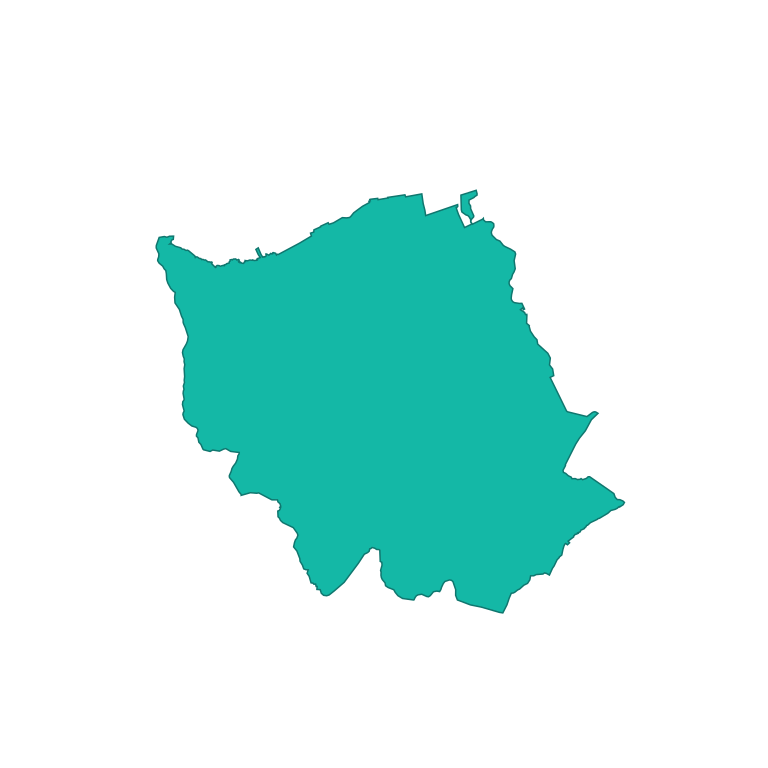 Blagesti, Bacau, Romania (Albers equal-area conic projection), rotated 29°
{"feature_id": "2599482B12123686105802", "entity_name": "Blagesti", "entity_type": "district", "adm_level": 2, "iso_a3": "ROU", "parent_name": "Romania", "parent_adm1": "Bacau", "projection": "albers", "projection_center": [26.623, 46.673], "detail": "fine", "context": "isolated", "style": "filled", "palette": "teal", "viewbox_px": 768, "rotation_deg": 29, "n_neighbors": 0, "source": "geoboundaries", "source_scale": "gbopen_adm2", "svg_char_len": 6170}
<svg xmlns="http://www.w3.org/2000/svg" viewBox="0 0 768 768"><g transform="rotate(29 384 384)"><path d="M518.9,549.6L524.5,549.1L526.1,548.5L527.1,546.6L528.0,541.7L530.6,539.5L533.3,538.6L533.4,536.3L532.9,533.9L532.6,529.8L533.0,527.2L536.3,523.6L538.2,523.0L540.1,523.4L546.4,529.1L549.1,534.1L552.9,537.3L566.7,535.3L577.1,532.0L595.6,527.8L598.9,526.6L598.6,517.6L597.3,510.5L596.8,505.3L598.5,504.0L599.5,502.4L600.7,499.4L602.0,497.6L603.9,492.1L606.2,488.8L606.5,484.6L605.2,480.7L608.0,479.1L609.5,476.9L615.2,473.1L616.0,471.4L618.0,470.9L621.3,470.9L620.7,463.4L621.0,460.8L620.6,453.8L621.4,450.9L621.2,450.3L622.4,447.4L620.7,442.0L619.9,438.4L619.8,436.4L620.2,435.4L622.4,435.7L623.3,432.9L621.2,432.2L624.0,425.8L623.6,424.8L624.0,423.8L624.0,422.9L625.0,422.1L626.2,420.5L625.6,420.3L627.3,418.1L627.0,416.5L629.3,413.4L629.4,413.0L629.1,412.7L629.9,410.9L629.7,409.5L630.5,408.9L631.8,405.1L636.1,399.1L636.4,398.1L637.6,396.9L642.6,388.2L643.7,384.7L646.9,381.6L648.2,379.7L649.1,377.2L649.7,377.4L651.7,373.6L651.7,371.0L649.8,370.5L646.4,370.8L644.0,372.0L641.1,371.0L638.2,368.4L608.8,365.4L607.5,366.2L606.8,368.4L604.1,371.4L602.2,371.2L601.8,372.2L599.5,373.8L597.2,374.0L594.3,375.7L592.9,374.7L589.6,374.9L586.3,374.1L583.8,374.3L582.4,372.7L582.3,368.1L582.1,366.9L581.7,366.6L580.8,343.5L581.2,336.6L582.8,327.3L582.7,314.7L585.4,305.9L582.7,305.8L581.3,306.4L580.1,307.8L577.3,314.1L558.1,319.3L556.9,319.2L526.1,297.7L528.4,294.4L524.2,289.1L519.5,287.1L516.9,280.7L512.4,277.7L499.1,274.6L496.3,271.1L492.4,269.9L486.5,266.8L483.1,263.3L482.8,262.5L479.3,261.8L475.5,254.3L475.1,253.9L474.6,254.6L473.3,254.2L472.4,253.3L467.3,252.9L468.2,250.4L469.9,251.4L470.6,250.3L465.5,246.6L463.3,247.9L458.7,249.6L456.9,249.6L455.0,248.8L453.7,247.4L452.3,244.1L450.5,238.1L446.4,236.9L444.7,235.5L443.9,233.9L443.7,232.0L444.3,230.1L443.3,225.7L443.4,223.0L442.9,219.6L438.0,213.0L436.1,206.5L434.4,205.0L429.3,204.7L423.1,205.1L421.1,204.9L416.0,202.8L412.3,203.2L406.4,201.5L404.6,199.8L404.0,198.2L403.7,195.9L403.9,193.6L403.5,192.5L402.3,190.7L400.7,190.3L398.8,190.3L394.2,192.9L391.4,192.2L390.6,191.0L390.3,192.1L383.9,201.3L381.4,200.2L380.6,198.1L381.4,194.4L381.0,193.4L374.8,188.7L373.4,186.3L370.7,184.8L369.2,181.9L372.2,177.4L372.7,175.7L373.8,173.8L373.2,172.5L370.7,169.9L359.7,181.5L367.2,194.2L368.8,195.8L373.6,196.4L375.7,196.0L377.3,196.5L380.0,198.1L381.3,200.3L383.3,201.5L378.6,208.1L367.0,199.6L363.0,196.1L361.5,194.5L362.4,193.6L362.4,192.8L361.4,191.4L338.8,216.5L335.5,212.2L330.8,207.2L324.9,199.4L312.2,209.8L310.6,208.4L296.9,218.9L297.4,219.3L289.4,225.7L288.5,224.7L282.7,228.9L282.1,229.5L283.2,230.5L282.2,231.5L283.3,232.3L279.1,238.9L277.1,243.2L274.5,249.0L273.7,253.7L273.1,255.1L270.7,256.9L266.9,258.7L261.7,267.5L258.5,271.0L257.0,270.0L252.2,276.5L252.0,277.1L252.3,277.4L248.0,283.1L248.9,285.2L246.6,287.7L248.8,289.8L241.8,301.8L228.8,321.9L227.7,322.3L227.4,323.3L225.8,322.2L223.3,322.8L223.1,323.2L223.5,323.9L222.8,324.6L221.7,324.6L220.8,327.2L218.4,327.2L217.7,327.6L218.8,329.0L218.6,330.0L217.7,330.6L217.5,331.3L216.4,331.3L216.2,331.8L213.5,330.2L208.0,325.9L206.7,328.4L211.3,331.8L214.5,333.4L212.4,335.8L212.4,336.8L213.1,336.8L212.9,337.4L210.5,339.0L209.0,339.1L208.9,339.6L206.6,340.6L204.8,342.5L202.7,343.3L203.3,344.1L202.8,344.3L202.7,346.6L201.0,347.3L200.0,347.1L199.5,347.7L198.9,347.0L198.1,346.8L198.4,347.5L197.9,347.8L197.5,347.6L197.7,347.1L197.1,346.2L197.2,345.8L196.4,345.6L195.3,346.9L193.7,346.5L191.6,347.8L191.3,348.9L190.4,349.0L189.2,350.1L189.8,351.1L189.4,352.0L189.9,353.2L188.1,355.0L187.9,355.8L186.5,357.4L186.9,357.9L185.4,358.6L183.7,360.4L182.3,360.4L180.6,361.2L180.0,362.6L180.4,363.5L180.1,363.8L175.5,362.5L175.0,362.2L174.8,361.1L174.2,360.8L173.7,361.1L173.7,361.6L172.3,361.7L170.8,362.5L167.8,362.0L167.1,362.6L165.2,362.8L164.2,363.6L163.0,363.1L161.5,363.7L159.2,363.4L157.4,364.2L157.4,364.6L156.5,363.7L148.6,362.2L147.3,362.2L146.0,363.2L143.7,363.1L142.2,363.9L140.2,363.4L134.8,364.7L130.5,364.4L128.7,365.4L129.4,363.7L128.7,363.0L128.6,360.9L129.6,359.7L128.3,356.7L124.8,358.7L123.0,360.9L120.4,361.5L116.3,364.8L117.7,373.2L118.3,374.5L118.9,375.5L124.0,379.3L125.3,382.1L125.7,384.7L126.3,385.9L128.7,387.3L133.3,388.2L136.0,389.9L138.1,390.5L140.2,393.1L143.3,398.0L146.1,400.6L151.1,403.8L154.9,405.0L157.0,405.1L158.8,409.6L161.9,414.4L168.9,418.0L174.0,422.8L177.0,424.9L178.4,427.4L179.4,428.4L183.0,431.1L189.8,437.5L191.3,441.7L191.7,444.9L191.6,451.4L192.5,454.2L194.9,457.0L197.1,458.8L198.3,461.4L200.4,463.7L201.7,467.4L206.0,474.1L207.4,477.5L208.8,479.5L209.5,483.1L211.7,485.7L211.9,487.4L212.9,489.7L216.6,494.2L216.8,495.2L216.6,497.0L217.7,499.7L222.3,504.5L222.4,506.7L223.0,508.3L226.5,511.6L231.7,513.2L236.3,513.9L240.5,513.0L242.2,513.3L243.6,514.4L244.0,515.4L244.5,519.0L245.2,520.5L247.4,521.3L250.3,524.7L253.1,525.6L257.3,528.8L258.1,529.0L264.6,527.3L266.2,524.8L272.6,522.5L275.3,518.7L277.0,517.2L282.6,517.3L290.6,514.1L291.1,515.2L291.0,517.7L292.2,520.7L292.6,525.0L292.0,529.2L292.0,531.7L292.7,534.6L293.1,539.0L293.8,540.3L294.6,540.9L300.0,542.9L309.4,548.6L312.9,550.0L313.1,550.6L319.8,543.9L325.7,541.2L327.1,540.0L342.0,539.7L347.0,537.0L348.4,538.5L351.0,539.1L352.7,540.7L352.7,542.3L353.4,541.9L353.8,544.1L353.7,545.3L352.7,546.6L355.7,551.5L357.5,552.0L359.6,553.5L362.7,554.3L374.3,553.6L380.5,556.6L382.0,558.0L382.5,561.2L382.1,563.2L382.6,566.1L383.9,570.3L388.8,572.3L395.0,577.5L396.5,579.7L400.5,582.0L403.4,584.6L405.7,584.3L407.8,583.3L408.5,586.8L411.8,588.5L416.6,593.3L418.5,592.6L419.8,593.1L421.2,592.1L422.8,594.0L423.7,593.5L424.9,596.2L427.9,594.8L430.6,597.4L433.6,598.1L436.5,597.0L438.3,595.1L440.8,589.1L445.3,576.8L448.5,553.2L449.3,542.4L451.4,539.4L452.1,537.5L451.4,535.1L452.2,534.5L452.8,532.8L455.5,532.1L457.7,532.3L460.0,531.2L460.9,531.4L466.7,541.0L468.5,541.0L470.1,543.4L471.4,548.7L472.6,549.9L474.1,552.8L475.6,554.6L477.4,555.9L481.3,557.4L483.2,559.7L486.3,560.0L492.3,559.2L494.8,560.8L498.8,562.4L504.2,562.6L514.5,558.6L514.9,558.2L514.7,555.8L515.0,553.5L516.0,551.9L518.9,549.6Z" fill="#14b8a6" stroke="#0f766e" stroke-width="1.5"/></g></svg>